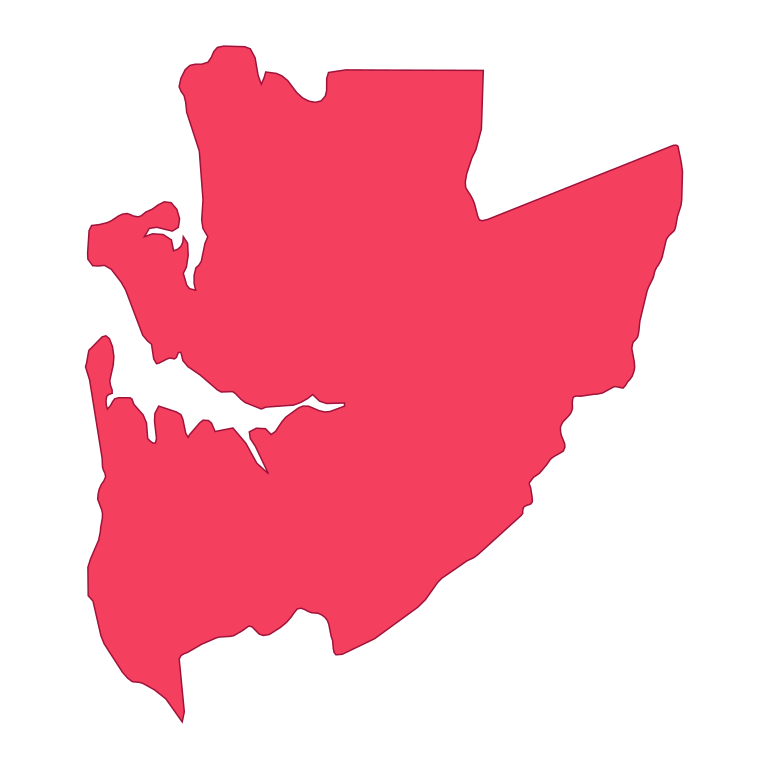 map outline of Estuaire (Natural Earth projection)
{"feature_id": "GAB-2168", "entity_name": "Estuaire", "entity_type": "Province", "adm_level": 1, "iso_a3": "GAB", "parent_name": "Gabon", "parent_adm1": "", "projection": "natural_earth1", "projection_center": [9.925, 0.242], "detail": "fine", "context": "isolated", "style": "filled", "palette": "rose", "viewbox_px": 768, "rotation_deg": 0, "n_neighbors": 0, "source": "natural_earth", "source_scale": "10m", "svg_char_len": 4541}
<svg xmlns="http://www.w3.org/2000/svg" viewBox="0 0 768 768"><path d="M345.9,69.9L384.8,70.1L483.3,70.4L481.4,129.0L475.9,149.7L471.9,157.9L466.7,173.8L465.3,181.9L465.7,187.7L471.2,196.4L473.1,200.2L474.6,204.1L477.7,216.1L479.4,219.9L482.3,220.7L487.5,219.5L673.4,145.3L676.5,145.2L678.0,146.3L681.3,162.7L682.5,171.7L681.7,200.1L681.0,205.4L677.4,216.7L675.7,226.4L674.9,229.2L674.1,230.8L668.8,235.8L667.1,238.1L666.6,239.1L666.1,240.2L662.2,257.0L660.9,260.4L658.2,265.2L656.6,267.4L655.3,270.0L654.6,271.9L653.5,276.7L653.0,278.2L648.8,286.5L647.2,290.5L639.9,320.9L638.8,331.7L638.1,335.1L637.6,337.0L636.4,338.7L635.2,340.2L633.3,341.9L632.5,344.2L631.8,348.4L634.3,362.1L634.7,366.8L634.4,369.1L634.0,371.2L632.2,376.2L629.6,379.9L628.3,381.1L627.5,382.1L625.3,385.7L623.0,388.1L616.3,386.7L614.9,386.6L613.5,387.0L602.7,392.9L597.3,394.1L595.1,394.1L580.8,396.2L575.8,396.0L573.7,397.0L572.8,398.4L572.3,402.2L572.5,408.1L571.7,411.1L570.5,413.5L569.1,415.4L562.9,422.0L562.2,423.1L561.0,425.7L560.6,426.8L560.4,428.0L560.6,431.6L560.8,433.2L561.6,436.1L564.7,443.8L564.9,447.2L563.3,451.1L553.5,456.8L550.5,459.2L546.7,464.7L539.4,473.3L533.5,477.3L529.3,482.8L529.3,483.9L530.7,488.2L532.0,496.4L532.4,500.4L532.1,502.2L530.8,503.9L529.2,504.6L526.2,505.5L523.8,507.0L522.9,509.3L522.7,511.4L522.7,513.4L521.1,515.5L478.0,554.5L473.7,557.7L467.2,560.7L441.7,578.3L437.6,582.5L425.5,599.6L417.8,607.2L374.6,638.7L342.2,654.3L335.9,654.8L334.0,652.2L333.3,648.6L332.6,640.5L331.2,636.5L328.8,624.3L327.3,620.4L324.6,617.0L321.5,614.8L318.2,613.3L311.4,612.7L307.9,611.3L304.4,609.4L300.8,608.2L297.2,609.0L293.7,613.3L290.9,617.4L286.3,622.6L280.2,627.6L269.3,634.5L263.3,635.5L259.2,634.1L252.0,626.8L248.7,626.1L242.5,630.6L233.7,635.7L230.1,636.4L219.5,637.0L216.0,638.0L201.5,644.3L187.6,652.4L184.1,653.7L181.2,655.4L179.2,658.9L184.3,711.8L182.2,721.9L165.9,698.9L154.4,689.8L142.5,683.2L139.1,682.3L132.4,681.7L127.8,678.3L122.5,672.3L104.1,643.7L100.9,635.6L93.0,601.1L88.2,595.7L87.9,567.3L90.6,558.7L98.6,540.2L100.3,531.9L100.7,527.4L102.3,518.6L102.5,513.6L101.7,509.8L97.7,499.2L98.1,494.1L99.2,489.2L101.2,484.8L103.9,480.8L105.6,476.9L105.0,473.4L103.4,470.1L102.5,466.9L102.1,458.1L89.6,380.0L85.5,366.7L86.6,363.0L88.5,352.1L89.2,349.8L90.7,348.6L102.1,336.9L105.9,335.8L109.4,338.7L112.5,346.7L113.9,356.8L113.2,365.2L109.8,380.5L110.5,385.3L112.1,389.9L112.2,393.3L108.6,394.6L106.7,396.4L106.0,400.5L106.3,405.2L107.4,409.0L110.5,405.7L112.4,402.0L114.6,398.9L118.6,397.7L130.2,397.8L132.0,399.1L133.9,404.4L143.2,415.0L146.5,423.0L147.7,438.6L150.0,440.9L152.9,443.1L155.4,443.0L156.5,438.6L154.5,421.0L154.9,413.5L158.7,406.1L176.3,411.9L180.9,414.6L182.8,419.1L185.8,433.4L188.1,437.3L189.7,434.5L199.7,422.9L203.0,420.2L208.4,420.5L211.5,423.1L215.1,431.5L232.9,428.0L245.9,443.3L256.8,463.2L268.5,473.9L255.4,446.4L250.3,438.6L249.3,431.9L256.3,428.2L265.5,428.7L271.1,434.5L275.5,431.4L282.1,421.5L285.9,417.1L298.4,408.0L302.9,406.1L308.7,406.2L319.1,410.7L324.9,412.0L330.1,411.5L344.5,406.1L344.5,403.0L326.6,403.5L319.6,401.2L312.7,394.6L307.2,398.8L300.6,402.5L293.6,405.1L266.0,407.1L261.3,409.0L245.3,402.6L240.8,399.1L235.4,393.5L232.5,391.6L221.2,392.0L217.4,389.9L200.4,375.2L188.0,366.7L182.9,360.6L180.9,352.4L178.4,352.4L176.4,357.4L174.4,358.9L169.9,358.0L167.0,359.0L159.0,363.1L156.5,363.7L153.7,358.9L151.5,344.2L147.7,341.1L142.7,335.2L125.6,289.9L121.1,282.1L111.2,269.2L104.5,265.4L98.3,266.0L92.7,265.7L87.9,259.2L87.6,253.2L89.1,230.5L91.6,225.5L99.3,224.6L107.4,222.6L111.4,220.7L118.6,215.9L122.3,214.2L127.0,213.5L130.1,214.5L133.3,216.0L138.1,216.8L141.1,215.9L145.9,212.0L152.4,209.1L158.0,205.0L164.3,201.8L171.1,202.7L176.9,209.4L179.6,218.9L178.3,227.4L172.3,231.1L156.8,227.3L149.3,228.4L144.4,236.7L152.6,233.8L163.1,234.5L171.4,239.9L173.6,250.8L177.8,249.2L180.9,246.4L182.8,242.2L183.3,236.7L187.6,243.3L188.2,255.3L186.4,267.1L183.3,273.3L186.7,285.1L189.6,288.7L195.7,290.2L194.1,283.7L194.1,275.3L195.9,267.9L199.1,264.9L201.3,261.2L205.0,243.3L207.8,236.7L203.0,228.5L201.7,220.0L203.0,199.8L199.3,151.0L186.7,112.3L185.7,102.4L184.1,95.7L181.1,91.5L179.1,86.7L180.9,78.3L185.3,69.5L190.0,65.4L195.2,64.2L201.7,64.2L208.0,62.2L211.4,57.2L213.8,51.5L217.4,47.4L223.8,46.1L244.6,46.7L250.3,48.8L255.1,57.8L258.1,75.4L261.3,84.2L264.3,77.2L265.7,72.0L276.3,73.4L281.8,75.8L287.7,80.6L296.9,92.8L302.8,98.1L309.1,101.2L315.5,102.3L321.1,100.9L325.3,96.1L326.6,90.7L326.7,78.5L328.5,72.5L335.5,71.4L345.9,69.9Z" fill="#f43f5e" stroke="#9f1239" stroke-width="1.5"/></svg>